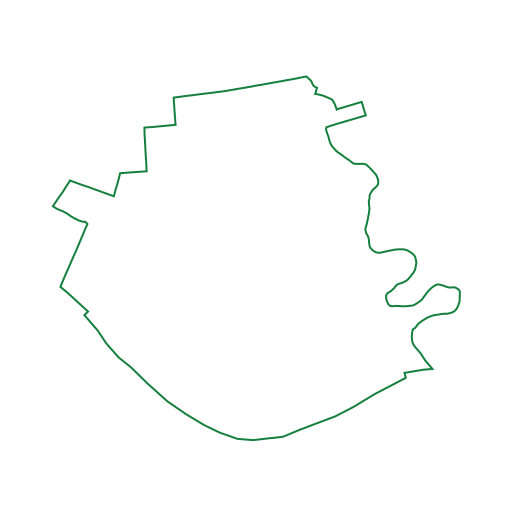 outline of Islaz, Romania, rotated 6°
{"feature_id": "2599482B76423000679583", "entity_name": "Islaz", "entity_type": "district", "adm_level": 2, "iso_a3": "ROU", "parent_name": "Romania", "parent_adm1": "", "projection": "albers", "projection_center": [24.743, 43.739], "detail": "fine", "context": "isolated", "style": "outline", "palette": "green", "viewbox_px": 512, "rotation_deg": 6, "n_neighbors": 0, "source": "geoboundaries", "source_scale": "gbopen_adm2", "svg_char_len": 5606}
<svg xmlns="http://www.w3.org/2000/svg" viewBox="0 0 512 512"><g transform="rotate(6 256 256)"><path d="M345.0,91.7L328.4,98.6L322.1,101.2L321.5,101.5L321.0,101.9L320.4,100.7L319.5,98.9L318.8,97.2L318.3,96.5L316.7,94.3L315.6,92.7L312.7,91.6L309.0,90.4L307.0,89.8L305.7,89.5L304.1,89.2L302.6,89.0L301.7,88.9L299.4,88.7L297.9,88.6L298.3,87.7L298.5,85.6L299.1,82.3L298.2,82.1L297.2,81.7L296.1,81.1L295.2,80.5L294.7,79.9L294.4,79.3L293.9,78.6L293.5,77.7L293.1,76.9L292.7,76.3L292.2,75.8L291.8,75.5L287.4,72.2L283.3,73.4L281.0,74.1L279.9,74.4L279.8,74.5L279.5,74.7L279.2,74.7L278.3,75.0L277.7,75.2L277.3,75.3L276.7,75.5L275.9,75.7L272.7,76.7L271.6,77.0L268.4,77.9L268.2,77.9L266.6,78.4L264.3,79.1L253.6,82.2L250.4,83.1L243.7,85.1L240.6,85.9L236.8,87.0L233.9,87.9L233.2,88.1L232.3,88.4L231.3,88.6L230.0,89.0L229.9,89.0L227.7,89.7L226.3,90.1L225.9,90.2L223.6,90.8L223.4,90.9L221.8,91.3L220.7,91.6L220.4,91.7L218.5,92.2L218.4,92.3L218.2,92.3L215.9,93.0L214.7,93.3L214.3,93.4L213.8,93.6L212.0,94.1L208.4,95.1L206.5,95.6L201.2,96.8L200.4,97.0L200.1,97.1L199.5,97.2L199.1,97.3L195.9,98.1L193.7,98.6L192.4,98.9L188.3,99.8L182.5,101.2L180.2,101.7L176.4,102.6L175.3,102.9L175.1,102.9L171.8,103.7L170.2,104.0L166.9,104.8L164.7,105.4L162.1,106.0L159.1,106.7L157.7,107.0L157.9,109.6L159.0,115.5L159.9,120.8L160.2,122.4L160.4,123.4L160.6,124.9L161.3,128.6L161.7,130.8L162.2,133.4L162.3,134.0L162.2,134.0L160.0,134.4L154.7,135.5L141.7,138.1L137.0,139.0L136.9,139.0L136.7,139.0L133.5,139.6L133.1,139.7L132.8,139.7L132.1,139.9L131.6,140.0L131.6,140.3L132.0,143.0L132.4,146.1L132.4,146.4L132.6,147.5L132.8,148.7L132.8,148.8L132.8,149.0L132.9,149.3L133.4,152.3L133.4,152.5L134.0,156.0L134.1,156.5L134.2,157.4L134.7,160.4L135.1,163.1L135.3,164.4L135.4,165.2L135.5,165.3L135.5,165.5L135.6,166.0L136.0,168.3L136.4,170.9L136.5,171.9L136.6,172.2L136.8,172.8L136.9,173.5L137.5,177.6L138.2,182.0L138.4,183.2L138.0,183.2L137.1,183.4L136.6,183.5L112.3,187.8L112.1,188.7L111.7,191.5L111.3,194.3L110.8,197.1L110.4,200.0L109.8,202.9L109.3,205.7L108.8,208.6L108.4,211.4L106.1,210.9L101.4,209.7L96.7,208.6L92.0,207.4L87.4,206.3L82.9,205.1L78.2,204.1L73.5,203.0L68.7,201.8L63.2,200.4L63.2,200.5L62.6,201.7L59.8,206.9L57.3,212.2L54.2,217.6L48.8,227.7L50.1,228.4L51.8,229.3L52.8,229.8L53.6,230.1L56.0,230.8L58.5,231.5L59.8,231.9L62.8,233.2L64.5,234.0L67.8,235.9L69.7,236.7L71.4,237.5L72.6,238.0L73.8,238.3L76.2,239.3L76.5,239.3L77.8,239.6L80.0,240.0L81.4,239.9L82.8,239.9L85.0,241.8L85.0,242.0L83.5,246.3L81.8,252.2L80.0,258.1L78.2,264.0L76.4,270.0L74.4,275.9L72.5,281.9L70.7,287.8L68.8,293.5L65.8,303.3L64.7,307.2L71.9,311.9L94.8,328.8L91.5,332.7L106.6,346.9L115.9,358.2L118.7,360.9L130.2,371.4L136.5,375.4L143.1,379.6L161.9,394.5L183.2,409.9L203.3,420.8L222.2,429.6L238.2,435.4L256.7,439.8L272.6,439.4L289.0,435.7L291.8,435.2L301.8,432.9L317.8,424.2L334.8,415.6L351.6,407.2L369.2,395.6L388.6,380.8L405.1,369.9L417.7,361.5L417.5,360.9L415.9,356.7L434.3,351.6L443.3,349.9L435.1,342.1L429.8,335.5L426.6,332.5L424.4,330.5L422.8,328.8L421.0,326.4L419.9,323.0L419.4,320.0L419.3,316.1L419.4,314.7L419.5,313.6L419.7,312.8L420.1,312.2L420.9,311.6L421.8,310.8L422.9,309.1L424.2,306.9L425.0,305.9L428.1,303.0L430.5,301.2L433.0,299.3L435.6,297.9L437.8,296.8L441.0,295.8L447.1,294.2L450.1,293.6L451.6,293.6L454.4,292.7L456.5,291.8L457.8,291.1L459.3,289.9L460.3,288.6L461.0,287.6L461.8,285.6L462.4,283.8L463.0,281.0L463.2,278.8L463.0,277.0L462.8,273.9L462.6,271.7L462.4,270.2L462.2,269.7L461.6,268.7L460.9,268.0L459.7,267.4L457.9,266.7L457.2,266.5L455.9,266.5L453.3,266.9L451.6,267.1L450.6,267.1L449.2,266.8L448.4,266.7L447.8,266.6L447.1,266.2L442.0,265.3L440.5,265.2L438.9,265.5L437.6,266.3L436.1,267.4L434.3,268.9L432.6,270.8L431.0,272.9L429.6,275.1L426.9,279.6L425.5,282.1L423.2,284.4L420.0,287.0L418.1,288.4L416.5,289.0L411.2,290.1L407.2,290.7L403.9,290.8L400.4,291.0L397.4,291.6L396.2,291.8L394.9,291.6L394.0,291.3L393.2,290.7L392.4,289.7L391.2,287.8L390.0,285.0L389.8,283.5L389.6,282.4L389.7,281.3L390.1,280.4L390.7,279.2L391.4,278.5L392.6,277.8L393.7,276.9L395.9,274.5L396.9,273.3L398.3,270.8L399.4,269.7L401.0,268.7L402.9,268.0L404.7,267.1L407.5,265.3L408.7,264.3L410.0,262.8L414.3,256.2L415.4,253.6L415.8,251.8L415.9,250.0L416.1,247.4L416.2,246.1L415.4,243.0L414.5,240.5L413.2,238.7L411.2,237.2L409.1,236.0L405.5,234.4L404.1,234.2L402.6,234.0L400.5,234.1L397.4,234.4L393.2,235.2L387.8,236.9L380.6,239.3L378.6,239.9L377.1,240.0L376.1,239.9L375.1,239.8L374.3,239.6L372.9,238.9L372.0,238.4L370.8,237.7L369.4,236.4L368.9,235.9L368.4,235.2L368.1,234.5L367.7,233.4L367.0,230.5L366.5,227.7L366.1,226.6L365.8,225.6L364.7,223.7L363.9,222.7L363.2,221.9L363.0,221.5L362.2,218.8L361.9,217.7L362.5,214.2L362.9,212.1L363.0,210.3L363.2,208.8L363.4,207.1L363.5,205.8L363.6,204.0L363.9,200.5L363.9,198.3L363.8,196.8L363.6,195.6L363.1,193.6L362.7,191.1L362.5,189.8L362.5,189.3L362.7,188.2L362.9,187.1L362.8,185.8L362.7,184.6L362.7,183.8L363.0,182.6L363.5,181.4L364.3,179.7L365.6,177.5L366.5,176.6L368.0,175.0L369.0,173.5L369.6,172.6L369.7,172.2L369.9,171.4L369.9,170.3L369.7,168.4L369.1,166.6L368.1,164.6L366.9,162.7L364.7,160.7L362.1,158.3L359.3,155.9L357.5,154.6L356.6,153.9L355.7,153.6L355.0,153.3L354.6,153.2L353.5,153.2L352.1,153.2L347.6,153.8L345.8,153.9L343.3,153.9L341.3,152.7L339.2,151.3L336.7,150.0L333.4,148.2L331.5,147.0L329.5,145.8L326.9,144.5L324.9,143.2L321.9,140.5L319.9,138.6L318.8,137.0L317.8,135.4L316.7,132.9L316.0,131.0L315.5,129.5L314.5,127.7L313.1,124.7L312.6,123.2L312.4,122.8L312.4,122.4L312.5,121.5L312.6,120.6L321.5,116.6L325.1,115.1L329.3,113.4L350.5,104.7L348.6,100.4L345.0,91.7Z" fill="none" stroke="#15803d" stroke-width="2"/></g></svg>